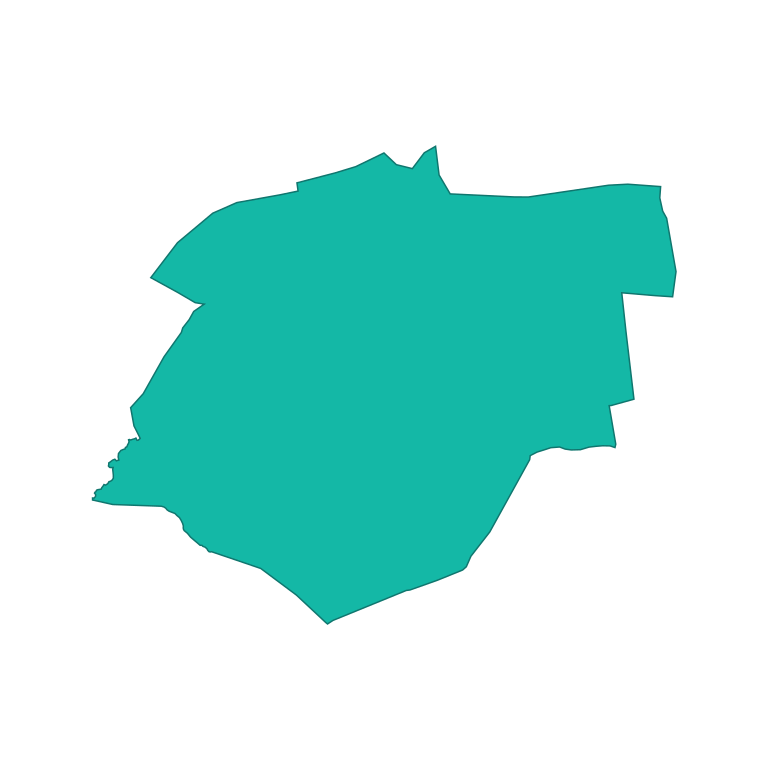 Silame, Sokoto, Nigeria (orthographic projection), rotated 351°
{"feature_id": "59680162B89701706643364", "entity_name": "Silame", "entity_type": "district", "adm_level": 2, "iso_a3": "NGA", "parent_name": "Nigeria", "parent_adm1": "Sokoto", "projection": "orthographic", "projection_center": [4.756, 12.99], "detail": "fine", "context": "isolated", "style": "filled", "palette": "teal", "viewbox_px": 768, "rotation_deg": 351, "n_neighbors": 0, "source": "geoboundaries", "source_scale": "gbopen_adm2", "svg_char_len": 2138}
<svg xmlns="http://www.w3.org/2000/svg" viewBox="0 0 768 768"><g transform="rotate(351 384 384)"><path d="M290.7,612.2L291.1,612.0L296.7,609.5L297.1,609.4L373.7,591.4L377.4,591.5L406.4,586.1L432.6,580.0L436.7,577.4L442.9,567.7L465.3,546.7L516.0,481.6L517.2,477.6L524.5,475.2L532.6,474.0L538.7,473.0L547.6,473.7L552.7,476.6L558.6,478.4L567.7,479.6L576.6,478.4L583.7,478.7L590.3,479.2L597.6,480.5L602.2,482.9L603.5,479.7L603.0,440.6L604.9,440.8L628.5,438.1L631.2,369.8L633.1,331.1L665.5,339.1L682.7,343.0L690.0,318.7L689.1,264.5L686.3,256.8L685.5,243.3L688.1,232.3L656.1,224.8L636.9,222.8L555.9,221.9L542.3,219.7L479.1,206.6L471.1,186.2L472.1,157.3L460.0,161.9L445.7,175.7L430.5,169.3L420.1,155.8L390.1,164.9L368.6,167.9L329.5,171.7L329.3,180.0L310.6,180.9L267.0,181.8L241.6,188.5L202.2,212.1L170.3,242.5L195.1,261.7L210.2,274.1L218.9,277.0L216.2,278.3L207.4,282.6L201.7,289.9L194.0,297.1L191.9,301.4L171.0,322.7L144.7,355.9L130.0,367.8L130.1,368.8L130.5,386.3L132.8,393.4L134.7,399.6L132.4,401.1L131.2,401.0L130.9,399.8L130.5,398.6L129.4,399.0L128.1,399.2L126.9,399.3L125.0,399.7L123.9,399.0L123.0,399.1L123.0,400.0L123.2,401.0L122.4,402.5L121.1,404.2L120.2,405.8L118.7,406.2L118.0,407.7L116.4,407.8L113.7,408.5L110.9,411.1L110.0,414.5L110.2,417.7L109.1,417.8L108.9,417.8L107.6,418.0L106.4,416.2L104.1,416.7L101.7,418.0L99.8,418.9L99.6,420.2L99.0,421.9L99.9,423.4L101.5,423.9L103.4,424.1L102.7,425.8L102.6,428.3L102.4,431.7L101.9,434.8L101.0,435.7L100.4,436.4L98.5,437.3L97.1,437.4L95.5,439.3L93.1,440.3L91.7,439.5L90.6,440.8L89.0,442.3L88.2,443.6L86.3,443.6L84.8,443.6L83.5,443.9L82.5,445.4L81.7,445.6L81.0,446.5L81.9,448.1L81.5,449.9L80.7,450.6L79.9,451.3L78.3,451.0L78.0,453.0L97.3,460.6L145.1,469.9L146.0,470.4L147.2,470.9L149.0,472.5L150.0,474.3L151.8,476.0L157.3,479.2L159.0,481.6L161.1,484.0L162.3,486.9L163.3,490.3L163.6,492.8L163.2,494.7L163.2,496.0L163.7,497.5L166.5,500.7L169.0,505.0L172.4,509.0L174.6,511.5L177.1,514.5L179.0,514.9L179.7,516.0L181.7,517.1L183.3,519.0L183.9,520.7L184.9,522.2L186.0,522.7L187.5,522.7L233.4,546.9L264.4,578.7L289.1,610.4L290.7,612.2Z" fill="#14b8a6" stroke="#0f766e" stroke-width="1.5"/></g></svg>